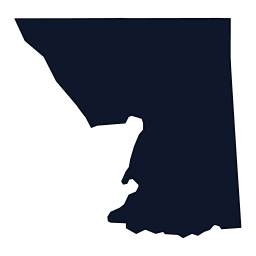 outline of Cecil, United States of America
{"feature_id": "52423323B74434071620295", "entity_name": "Cecil", "entity_type": "district", "adm_level": 2, "iso_a3": "USA", "parent_name": "United States of America", "parent_adm1": "", "projection": "natural_earth1", "projection_center": [-75.942, 39.542], "detail": "fine", "context": "isolated", "style": "filled", "palette": "ink", "viewbox_px": 256, "rotation_deg": 0, "n_neighbors": 0, "source": "geoboundaries", "source_scale": "gbopen_adm2", "svg_char_len": 1151}
<svg xmlns="http://www.w3.org/2000/svg" viewBox="0 0 256 256"><path d="M230.0,18.8L224.6,18.8L219.6,18.7L218.7,18.7L128.5,18.9L121.6,18.7L114.5,18.8L68.1,19.0L62.4,19.0L15.4,19.1L25.3,40.4L44.2,56.4L56.7,80.9L76.7,104.4L82.3,112.1L86.4,117.4L91.4,127.1L97.1,124.9L97.3,124.9L105.3,124.3L113.3,123.6L124.9,122.7L127.9,117.0L128.1,116.5L131.5,115.0L137.4,116.7L142.3,118.3L143.8,122.8L143.8,123.7L143.9,129.7L139.5,135.0L134.6,146.8L130.8,159.9L129.6,167.2L126.5,171.5L122.0,181.4L123.4,183.8L126.7,183.2L128.8,179.0L132.7,178.1L132.8,178.1L139.3,184.7L139.2,185.9L139.2,186.6L136.4,192.2L129.2,195.2L124.6,204.8L120.0,208.4L111.0,212.4L108.1,217.0L108.6,220.8L110.7,221.9L126.7,222.6L126.7,227.8L136.3,233.2L145.3,228.8L155.8,233.1L163.4,231.1L165.3,233.4L178.2,234.2L183.1,237.3L192.0,233.0L197.8,235.0L204.1,231.1L209.6,229.2L213.2,224.8L215.5,224.3L219.9,225.8L221.7,228.5L240.6,227.1L239.1,203.9L236.5,164.6L234.4,132.1L234.4,131.6L234.3,131.0L233.8,122.5L231.5,86.0L231.1,79.6L230.8,74.0L230.5,69.8L230.2,63.4L229.9,57.2L229.9,49.5L229.9,43.6L229.9,42.9L230.0,32.0L230.0,31.8L230.0,18.8Z" fill="#0f172a" stroke="#020617" stroke-width="1.5"/></svg>